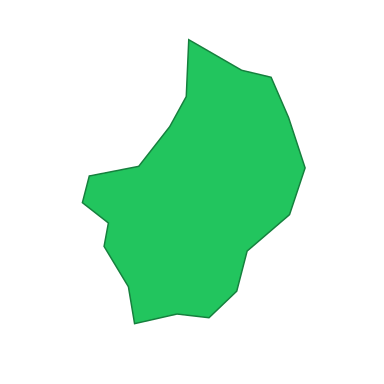 SVG path tracing the border of Kosovo Polje, rotated 308°
{"feature_id": "KOS-5898", "entity_name": "Kosovo Polje", "entity_type": "District", "adm_level": 1, "iso_a3": "XKX", "parent_name": "Kosovo", "parent_adm1": "", "projection": "equal_earth", "projection_center": [21.026, 42.608], "detail": "fine", "context": "isolated", "style": "filled", "palette": "green", "viewbox_px": 384, "rotation_deg": 308, "n_neighbors": 0, "source": "natural_earth", "source_scale": "10m", "svg_char_len": 406}
<svg xmlns="http://www.w3.org/2000/svg" viewBox="0 0 384 384"><g transform="rotate(308 192 192)"><path d="M179.4,134.2L229.9,134.2L263.7,128.7L310.0,95.7L318.5,156.2L331.1,183.7L310.1,222.3L280.6,266.3L234.2,282.8L179.4,271.8L141.4,288.3L103.4,282.8L86.6,255.3L52.9,227.8L78.2,200.2L95.0,156.2L116.1,145.2L116.1,112.2L141.4,101.2L179.4,134.2Z" fill="#22c55e" stroke="#15803d" stroke-width="1.5"/></g></svg>